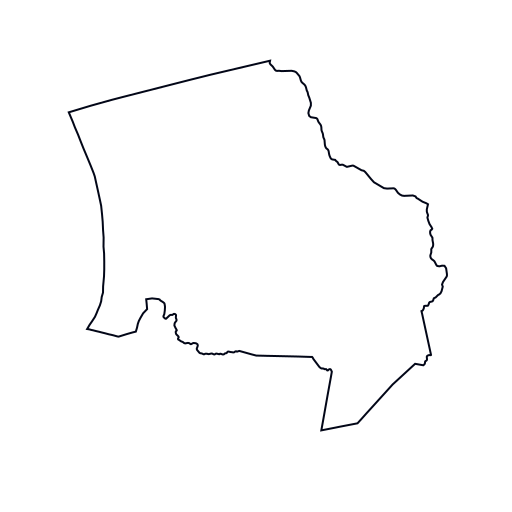 an SVG outline of Wisconsin, rotated 166°
{"feature_id": "USA-3553", "entity_name": "Wisconsin", "entity_type": "State", "adm_level": 1, "iso_a3": "USA", "parent_name": "United States of America", "parent_adm1": "", "projection": "albers", "projection_center": [-89.863, 44.9], "detail": "fine", "context": "isolated", "style": "outline", "palette": "ink", "viewbox_px": 512, "rotation_deg": 166, "n_neighbors": 0, "source": "natural_earth", "source_scale": "10m", "svg_char_len": 6082}
<svg xmlns="http://www.w3.org/2000/svg" viewBox="0 0 512 512"><g transform="rotate(166 256 256)"><path d="M408.8,211.0L410.0,211.5L413.5,213.5L415.6,214.6L417.5,215.5L419.3,216.5L421.1,217.5L424.7,219.4L426.5,220.4L428.3,221.3L430.2,222.3L432.0,223.3L433.7,224.1L435.4,225.1L437.5,226.0L434.1,229.5L431.0,232.2L427.0,235.9L424.5,239.1L422.5,241.9L419.4,245.9L417.2,249.5L415.6,253.6L413.3,257.5L411.7,263.5L408.4,273.0L406.5,279.7L404.6,287.3L402.8,295.1L401.7,302.0L399.4,310.7L398.1,318.3L396.5,326.2L395.3,333.7L394.1,342.2L393.9,347.6L393.6,357.1L393.4,364.8L393.2,372.2L393.5,375.8L394.5,383.3L395.9,392.6L397.4,402.3L398.4,409.7L399.3,416.8L400.6,424.7L401.3,430.5L402.9,440.7L390.4,441.3L379.9,441.8L358.0,442.4L347.9,442.5L276.7,442.9L256.4,442.9L195.1,442.1L195.9,440.4L196.0,439.6L195.6,438.4L194.1,436.1L193.7,435.2L192.6,432.1L191.7,430.9L190.4,430.4L189.0,430.2L186.4,429.2L176.7,427.1L174.2,425.9L172.9,424.9L172.2,423.9L170.3,420.0L170.1,418.6L170.0,415.3L169.7,413.9L169.1,412.8L167.6,410.7L167.0,409.4L166.7,407.6L166.7,404.1L166.4,403.2L166.3,402.2L166.4,399.4L166.0,396.7L165.7,391.3L166.4,388.6L169.5,384.4L170.6,382.0L170.5,379.1L169.2,377.4L164.3,375.3L163.7,374.7L163.3,373.9L163.1,371.8L162.9,370.9L162.6,370.1L161.9,368.5L161.6,367.7L161.4,366.8L161.4,365.8L161.5,364.8L161.9,362.9L162.0,361.9L161.9,360.9L161.6,358.9L161.6,357.8L161.9,355.4L161.9,354.6L161.5,352.5L161.5,351.8L162.2,347.6L162.3,346.1L162.1,344.6L161.9,343.9L161.6,343.3L160.8,342.3L160.5,341.8L160.3,341.1L160.2,340.5L160.2,339.8L160.4,337.5L160.4,335.7L160.1,333.8L159.9,332.9L159.6,332.2L159.0,331.5L158.3,331.1L155.9,330.1L155.5,329.1L154.2,327.4L153.9,326.3L153.8,325.7L153.6,325.2L153.4,324.7L153.1,324.3L152.4,324.0L150.3,323.8L149.9,323.6L149.5,323.4L146.4,320.6L146.0,320.5L140.6,320.4L139.9,320.2L139.3,319.8L132.9,313.7L130.8,312.6L129.7,311.1L125.7,302.7L123.7,299.0L115.5,290.9L112.5,289.7L106.1,288.4L105.4,288.0L104.8,287.3L104.3,286.4L103.0,283.0L101.5,280.9L99.7,279.3L97.7,278.5L89.2,276.8L86.8,275.2L86.6,274.7L86.4,273.9L86.0,273.2L85.1,272.5L81.3,268.4L78.0,266.0L76.6,264.6L79.0,259.9L79.5,257.8L79.5,256.8L79.2,254.3L79.4,253.5L80.2,252.2L80.4,251.7L80.3,248.4L79.9,245.0L78.7,241.5L78.4,239.8L79.2,239.1L80.4,238.7L81.1,237.7L81.5,236.1L81.5,234.4L80.6,231.7L80.4,231.3L80.5,230.4L80.9,228.8L81.1,225.3L81.4,223.9L81.9,222.7L82.7,221.7L83.6,221.0L84.3,220.2L84.6,218.8L85.1,217.0L86.7,214.4L87.0,213.0L86.8,211.5L86.1,210.2L85.1,209.1L84.2,207.8L83.9,206.7L83.2,203.7L82.6,202.5L80.5,201.6L77.8,201.6L75.5,200.9L74.5,198.1L75.1,192.3L75.4,191.0L75.9,190.0L80.8,185.6L82.4,183.3L82.2,181.1L84.5,176.9L86.1,175.1L87.8,174.3L88.8,174.1L91.8,172.3L93.2,172.1L93.7,171.9L93.9,171.6L94.6,170.5L94.7,170.3L94.9,170.1L95.2,169.8L95.6,169.4L96.2,169.3L98.4,169.3L99.2,168.9L100.5,166.9L101.3,166.2L102.2,166.3L103.6,166.7L104.8,166.8L105.3,166.1L105.6,165.1L106.3,164.0L107.0,163.2L107.7,162.7L108.8,162.5L108.8,160.0L110.1,117.7L110.3,117.5L110.5,117.5L111.3,117.8L112.2,118.0L113.2,117.9L113.9,117.7L114.2,117.5L114.4,117.3L114.5,117.1L114.7,116.8L115.0,114.8L115.1,114.3L115.3,113.9L115.5,113.6L115.8,113.4L116.1,113.2L117.0,113.0L117.3,112.8L117.5,112.5L118.0,111.2L118.4,110.5L119.3,109.9L120.1,109.5L127.7,112.9L154.5,98.3L160.0,94.6L187.2,76.4L192.6,72.7L198.0,69.1L207.2,69.6L216.4,70.1L221.0,70.3L234.8,71.0L230.3,81.0L219.9,104.3L213.9,117.6L212.4,120.9L210.4,125.4L210.7,126.9L210.9,127.7L211.1,128.0L211.5,128.3L212.1,128.4L212.5,128.3L212.9,128.2L213.9,127.6L214.2,127.6L214.6,127.8L215.1,128.9L215.4,129.3L216.5,129.5L217.0,129.7L217.4,130.2L217.9,130.5L218.5,130.8L219.0,130.8L219.6,131.0L220.1,131.4L220.8,132.2L221.4,133.1L225.2,142.1L225.6,143.7L225.8,144.1L226.0,144.5L227.6,144.9L232.2,146.2L239.2,148.2L261.9,154.4L270.0,156.6L273.2,157.5L279.8,159.3L284.2,161.7L295.1,167.9L295.8,167.9L296.2,167.9L297.0,167.8L297.4,167.8L297.8,167.9L298.2,168.3L298.7,168.4L299.2,168.4L300.3,167.9L300.7,167.9L301.2,167.9L301.8,168.1L302.6,168.5L303.8,168.9L305.7,169.9L306.3,170.0L306.8,169.9L307.9,169.0L308.3,168.9L308.7,168.9L309.1,169.0L309.5,169.0L309.9,168.9L310.6,168.5L310.9,168.4L311.3,168.4L311.8,168.4L312.3,168.6L312.9,169.0L313.8,169.6L314.3,169.8L314.8,169.8L315.1,169.6L315.5,169.6L315.9,169.8L317.8,170.8L318.3,170.9L318.8,170.9L319.9,170.5L320.4,170.6L320.9,170.9L322.3,172.0L322.6,172.1L323.5,172.2L325.4,172.2L325.8,172.3L326.3,172.5L327.2,173.0L328.2,173.3L328.6,173.4L329.1,173.4L329.9,173.2L330.3,173.2L330.7,173.4L332.1,174.5L332.5,174.7L333.3,175.0L333.8,175.3L334.3,175.8L335.8,178.9L336.0,179.5L335.9,180.2L335.8,180.7L335.5,181.0L334.4,182.7L334.2,183.1L334.1,183.5L334.1,184.0L334.2,184.6L334.8,185.3L335.2,185.7L336.0,186.1L336.8,186.4L337.7,186.7L338.2,186.7L339.0,186.5L340.2,186.2L340.5,186.2L340.7,186.3L340.9,186.4L341.5,187.2L341.8,187.5L342.1,187.7L342.4,187.9L343.3,188.2L345.7,188.3L346.1,188.5L346.5,188.7L346.8,188.9L347.0,189.2L347.7,190.1L348.0,190.4L349.3,191.3L349.8,191.8L350.5,192.7L351.3,193.5L351.7,193.9L351.7,194.1L351.7,194.4L351.6,194.8L351.4,195.1L350.8,195.6L350.7,196.0L350.7,196.6L351.1,197.4L352.1,199.0L352.3,199.4L352.4,200.0L352.4,201.0L352.3,201.6L352.1,202.1L351.9,202.4L351.5,202.5L351.2,202.7L350.9,203.0L350.9,203.7L351.4,205.3L351.9,207.7L352.0,208.2L351.9,208.5L351.8,208.9L351.5,209.7L351.2,210.4L350.9,210.7L350.7,211.0L348.9,212.4L348.7,212.7L348.6,213.2L348.5,213.8L348.7,214.8L348.7,215.4L348.6,215.9L348.0,217.6L347.9,218.1L348.1,218.6L348.4,219.1L349.3,219.6L349.8,219.7L350.2,219.6L350.9,219.2L351.2,219.1L351.6,219.1L352.9,219.5L353.4,219.5L353.8,219.4L354.2,219.3L358.1,217.1L358.5,216.9L358.8,217.0L359.2,217.2L359.5,217.6L360.0,218.3L360.4,219.0L360.5,219.4L360.4,219.8L360.2,220.3L359.4,221.3L359.0,221.9L357.7,225.1L356.7,228.3L356.5,229.3L356.3,231.7L356.4,232.3L356.8,233.0L357.7,234.1L359.0,235.4L359.6,236.1L359.9,236.6L360.0,237.0L360.9,237.7L364.1,238.9L367.1,240.0L370.1,240.3L373.0,240.6L373.6,236.4L374.5,230.8L379.4,227.7L383.0,224.0L385.4,221.3L387.1,218.7L388.8,215.2L390.9,211.7L394.2,211.7L400.1,211.5L408.8,211.0Z" fill="none" stroke="#020617" stroke-width="2"/></g></svg>